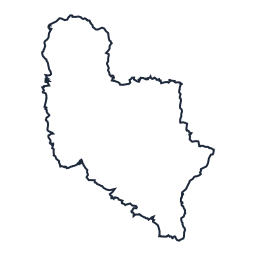 Spermezeu, Bistrita-Nasaud, Romania (Equal Earth projection)
{"feature_id": "2599482B64960666730870", "entity_name": "Spermezeu", "entity_type": "district", "adm_level": 2, "iso_a3": "ROU", "parent_name": "Romania", "parent_adm1": "Bistrita-Nasaud", "projection": "equal_earth", "projection_center": [24.161, 47.303], "detail": "fine", "context": "isolated", "style": "outline", "palette": "slate", "viewbox_px": 256, "rotation_deg": 0, "n_neighbors": 0, "source": "geoboundaries", "source_scale": "gbopen_adm2", "svg_char_len": 5711}
<svg xmlns="http://www.w3.org/2000/svg" viewBox="0 0 256 256"><path d="M210.8,154.7L212.7,154.4L213.2,153.7L213.8,150.5L213.6,150.2L213.7,149.6L212.6,149.3L211.9,148.6L209.8,147.9L209.3,148.1L208.7,147.3L207.9,146.9L205.3,146.9L203.0,145.8L200.4,145.9L200.2,146.3L199.2,146.1L199.3,145.1L198.9,144.4L198.6,142.1L198.3,141.4L195.8,141.1L192.1,141.7L189.7,139.4L189.8,137.8L190.1,137.1L189.4,134.7L190.0,134.8L190.1,134.5L190.5,134.4L191.4,133.1L190.3,132.9L188.9,131.7L188.7,131.1L188.0,130.9L187.1,130.0L186.7,130.3L186.3,129.3L187.1,123.7L185.6,123.0L183.1,122.3L180.4,122.7L180.1,121.9L180.3,118.8L181.3,116.5L181.2,115.2L181.5,112.9L182.0,111.7L181.8,110.1L181.4,109.2L180.3,108.3L180.1,107.4L180.0,105.8L181.0,100.4L180.7,98.6L180.0,98.4L179.8,97.9L179.8,96.6L180.6,94.1L179.2,92.4L179.2,90.4L179.8,89.3L179.6,88.4L180.6,84.7L181.8,84.0L181.7,83.7L180.1,83.5L180.0,82.6L178.4,82.3L175.7,82.5L174.7,82.1L174.7,81.0L171.6,80.7L169.8,79.9L169.3,80.1L169.8,81.5L168.6,82.7L167.4,82.0L164.9,82.2L161.2,83.2L160.6,80.5L159.4,80.8L159.1,79.2L157.8,79.8L156.6,79.8L156.3,78.9L154.5,77.6L153.7,78.5L153.2,78.3L152.4,78.9L152.0,78.8L151.0,78.0L150.5,76.5L149.9,77.6L147.5,78.3L147.8,79.2L147.2,79.2L146.0,78.7L145.8,79.3L143.2,78.0L140.8,77.8L140.6,78.6L139.9,78.7L139.9,79.5L138.8,79.7L139.5,80.8L139.1,81.7L137.2,81.4L133.9,79.4L134.1,77.6L132.0,77.7L131.5,78.6L129.5,80.0L130.3,82.5L129.1,83.8L123.2,84.8L120.1,84.7L119.6,83.3L118.3,82.3L114.8,81.1L114.5,80.7L113.5,80.9L111.9,80.5L112.4,79.7L112.5,78.4L113.1,78.3L113.0,77.8L113.9,77.6L113.6,76.7L113.2,75.8L112.0,75.5L111.1,76.3L109.5,74.6L109.5,73.6L108.8,71.7L108.0,70.3L108.8,68.1L107.0,63.9L107.2,62.5L107.9,61.9L108.2,60.9L108.1,58.9L108.4,56.8L108.8,55.7L108.7,54.1L106.1,53.0L108.6,50.3L109.6,48.6L109.5,47.1L109.7,46.0L110.4,44.6L111.7,43.2L111.1,42.6L110.6,41.2L109.5,40.6L109.2,39.9L108.6,37.2L108.2,33.1L105.9,31.1L104.2,28.5L102.1,27.7L97.6,29.6L95.5,29.3L94.1,27.9L92.9,27.2L92.5,25.2L91.3,24.1L91.0,23.2L90.2,22.7L89.9,21.2L89.5,20.6L87.9,20.6L87.5,20.0L86.9,20.1L86.5,19.8L86.3,19.1L84.7,18.3L83.5,19.0L82.7,18.8L81.8,18.3L80.6,17.1L78.4,16.5L75.0,17.0L73.7,16.7L72.5,16.9L72.4,15.9L72.0,15.4L70.2,15.4L69.2,16.9L68.8,16.9L68.3,17.5L67.3,19.6L64.7,20.1L61.4,18.5L59.4,18.3L56.4,21.4L49.9,24.5L50.4,25.5L48.8,25.6L48.6,26.2L49.0,26.7L49.0,27.1L48.5,27.2L48.5,27.5L49.0,27.7L49.5,29.0L50.5,28.5L51.4,28.8L49.0,33.3L48.6,37.0L48.1,38.2L47.1,39.5L45.2,40.9L44.6,42.0L44.4,42.8L45.2,45.9L44.1,49.2L43.5,50.0L43.3,51.6L42.2,52.1L42.2,53.8L43.0,56.2L45.3,58.8L46.4,59.5L46.5,60.5L46.6,61.0L47.3,61.7L47.8,62.8L49.1,69.2L50.6,71.7L51.1,74.1L50.4,74.9L48.3,75.5L45.6,75.1L46.9,77.6L45.8,77.4L47.6,78.5L44.9,78.6L47.9,80.1L49.2,81.1L47.8,81.2L45.6,80.5L45.4,81.1L45.8,81.3L45.7,82.0L46.9,82.2L47.8,82.8L49.2,85.5L43.8,86.2L43.8,87.1L42.3,87.3L44.0,90.4L42.8,91.9L43.1,92.6L43.9,92.7L45.7,93.4L46.4,95.5L46.4,97.5L46.6,98.2L46.1,98.9L46.2,100.2L44.5,106.9L46.3,107.4L46.5,107.7L45.3,108.8L45.4,109.2L45.8,109.2L46.6,109.8L46.8,110.5L46.6,111.6L47.5,113.2L49.3,115.1L48.7,116.2L46.4,117.8L46.2,119.2L45.8,119.9L46.6,121.0L47.5,121.5L48.0,123.7L48.1,124.9L47.4,129.5L47.5,130.1L48.5,131.2L52.3,132.8L53.1,133.6L50.9,133.9L49.7,134.9L48.6,135.4L48.3,136.0L48.6,137.6L50.1,139.7L50.5,140.6L50.5,141.9L49.8,142.8L50.1,143.4L50.7,143.5L51.6,144.6L52.0,143.7L53.2,143.6L53.3,144.1L52.2,148.2L53.7,149.1L53.6,151.8L53.9,154.6L53.7,155.4L55.3,156.2L56.4,159.0L59.1,161.1L59.0,162.5L59.8,164.2L60.3,166.5L61.7,166.1L64.4,167.1L64.7,166.6L65.0,166.6L66.3,167.0L66.6,168.1L68.3,168.0L71.0,166.6L72.1,166.5L72.7,166.1L74.6,165.7L77.0,164.6L77.7,163.4L79.0,162.3L79.0,162.7L78.0,163.9L79.0,164.2L80.7,163.3L80.0,160.6L81.4,159.7L82.2,161.4L82.5,163.1L83.5,164.6L83.7,165.5L84.5,166.4L85.2,167.8L87.3,170.0L87.0,172.0L88.0,174.9L86.7,176.8L86.6,177.3L88.8,180.1L94.7,180.2L94.8,182.4L96.2,182.8L97.1,184.0L100.0,185.2L100.7,185.8L102.3,186.2L103.6,187.9L106.4,189.5L109.6,190.2L114.7,189.0L112.6,191.9L109.8,194.2L110.5,195.4L112.1,196.4L111.3,197.6L111.4,198.2L112.7,198.0L113.7,198.9L114.5,197.5L115.4,197.8L115.8,197.4L117.8,198.1L118.4,198.6L118.7,199.6L122.5,200.7L121.7,202.0L122.3,202.7L122.1,203.3L124.4,204.1L125.2,205.1L126.5,204.5L130.2,203.5L132.3,205.5L135.9,206.0L136.5,206.6L136.8,207.5L136.3,208.3L133.7,208.1L133.3,208.4L132.4,210.3L131.4,211.2L131.5,211.9L131.9,212.4L133.2,212.6L133.5,213.1L133.7,213.6L133.6,216.1L135.5,214.5L138.2,214.6L139.2,214.1L140.8,215.2L140.7,215.4L144.4,217.4L144.8,217.3L146.2,218.4L147.0,218.2L147.8,218.5L148.5,219.7L150.7,218.4L151.7,217.4L153.6,216.6L152.4,219.3L154.0,220.0L153.0,221.1L153.0,221.7L155.6,223.4L157.8,225.2L158.2,226.1L159.5,230.8L159.6,234.0L159.2,236.2L160.7,236.0L160.9,236.4L161.8,236.6L163.2,236.4L164.5,236.7L166.9,236.5L167.1,236.0L167.9,235.9L167.9,235.6L168.4,235.2L169.7,236.7L170.9,236.3L172.0,237.3L172.2,238.2L172.4,238.3L172.7,238.2L173.0,237.2L173.9,236.6L174.9,236.4L175.4,236.9L175.5,237.7L176.9,239.9L178.7,240.6L179.3,240.6L180.4,239.7L183.4,238.4L184.0,236.2L184.2,232.0L185.1,230.0L184.7,229.2L184.7,228.2L183.3,226.8L183.3,226.3L182.4,224.1L182.6,223.0L181.8,221.9L181.2,219.8L181.2,218.6L181.4,218.0L183.6,216.7L184.1,215.5L184.4,214.2L185.3,213.2L184.9,212.1L185.1,210.4L183.6,207.7L183.2,206.2L181.8,205.5L181.5,203.4L182.5,203.0L182.3,202.3L180.9,201.6L181.0,198.1L181.6,197.8L181.6,197.2L182.0,196.8L182.0,194.9L183.1,194.5L183.0,193.9L182.0,193.4L182.2,192.3L186.0,189.1L188.8,183.3L189.5,182.3L189.5,181.5L189.8,180.8L192.8,178.9L194.2,176.9L195.6,176.3L196.6,176.4L199.1,175.4L200.8,174.2L200.6,173.4L200.0,172.5L201.1,170.6L200.8,169.7L200.9,169.1L206.2,166.5L206.9,165.6L208.0,163.1L208.8,159.1L208.8,158.5L210.8,154.7Z" fill="none" stroke="#1e293b" stroke-width="2"/></svg>